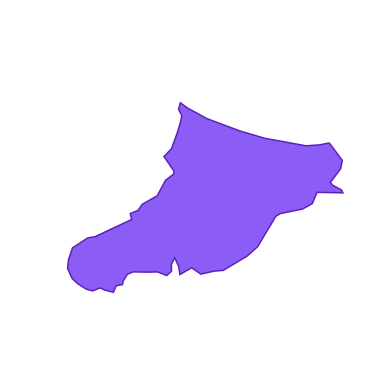 Guidan-Roumdji, Maradi, Niger, rotated 151°
{"feature_id": "23599985B37435064601183", "entity_name": "Guidan-Roumdji", "entity_type": "district", "adm_level": 2, "iso_a3": "NER", "parent_name": "Niger", "parent_adm1": "Maradi", "projection": "albers", "projection_center": [6.935, 13.581], "detail": "fine", "context": "isolated", "style": "filled", "palette": "violet", "viewbox_px": 384, "rotation_deg": 151, "n_neighbors": 0, "source": "geoboundaries", "source_scale": "gbopen_adm2", "svg_char_len": 998}
<svg xmlns="http://www.w3.org/2000/svg" viewBox="0 0 384 384"><g transform="rotate(151 192 192)"><path d="M45.2,146.8L48.1,168.0L49.1,168.7L57.2,171.2L70.0,177.2L102.9,204.2L121.1,222.8L143.5,249.1L155.4,267.9L158.9,275.7L163.6,271.0L163.9,263.8L167.7,259.2L176.3,250.8L189.0,239.8L199.3,236.6L197.7,218.8L199.3,216.6L209.5,215.1L214.4,211.9L224.3,205.6L241.3,205.4L248.2,202.1L256.4,203.1L258.2,197.2L266.3,197.8L285.5,199.1L298.3,199.9L305.6,202.4L323.6,201.1L333.0,192.5L337.9,185.4L338.8,174.5L336.5,167.4L331.7,158.4L326.9,153.7L318.7,152.6L316.1,148.7L309.4,142.4L303.8,146.7L297.6,144.7L295.5,147.4L288.5,151.3L282.3,150.7L269.8,143.5L260.9,138.8L254.6,131.2L248.4,132.6L245.0,138.8L239.0,142.8L239.8,133.0L242.6,125.7L229.0,125.9L224.2,116.0L210.9,112.0L202.7,108.3L175.1,109.2L161.2,112.3L155.7,115.5L130.5,130.1L125.1,130.3L103.5,123.5L92.5,123.5L82.8,131.1L60.4,118.1L60.3,121.3L65.8,130.0L66.3,133.3L50.7,140.3L45.2,146.8Z" fill="#8b5cf6" stroke="#5b21b6" stroke-width="1.5"/></g></svg>